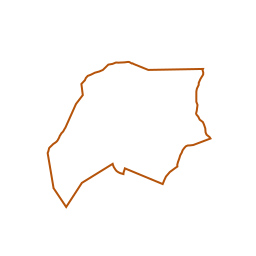 Belle Vue, Vieux Fort, Saint Lucia, rotated 154°
{"feature_id": "8701671B25756031943387", "entity_name": "Belle Vue", "entity_type": "district", "adm_level": 2, "iso_a3": "LCA", "parent_name": "Saint Lucia", "parent_adm1": "Vieux Fort", "projection": "albers", "projection_center": [-60.954, 13.792], "detail": "fine", "context": "isolated", "style": "outline", "palette": "amber", "viewbox_px": 256, "rotation_deg": 154, "n_neighbors": 0, "source": "geoboundaries", "source_scale": "gbopen_adm2", "svg_char_len": 1372}
<svg xmlns="http://www.w3.org/2000/svg" viewBox="0 0 256 256"><g transform="rotate(154 128 128)"><path d="M193.9,149.8L194.7,149.1L196.1,148.2L196.7,147.7L198.4,147.0L199.8,146.7L202.2,146.4L203.6,145.9L206.5,145.0L207.7,144.5L209.3,142.6L209.7,142.1L211.2,140.7L221.2,106.8L221.3,106.7L218.2,84.1L193.5,98.9L157.5,102.5L157.7,101.5L157.9,99.1L157.5,95.9L157.1,94.3L156.2,92.7L155.2,91.3L154.2,90.3L152.3,88.6L151.2,90.3L149.8,91.6L148.5,93.1L121.4,62.4L118.4,65.1L115.2,67.7L109.7,70.1L102.7,71.4L100.5,71.7L99.9,73.3L98.1,75.4L95.1,78.3L93.1,80.5L90.5,82.3L88.6,84.1L86.1,85.4L84.0,86.2L82.0,86.1L80.2,85.3L76.8,84.1L58.5,82.4L58.7,84.1L60.3,87.5L60.2,90.0L58.7,93.8L58.2,97.8L58.1,100.5L59.9,104.1L59.9,107.4L60.6,110.1L60.4,111.3L58.7,113.3L56.3,116.9L55.4,118.3L55.1,121.6L53.0,125.9L50.6,130.8L48.8,133.2L45.6,135.7L44.6,137.6L41.4,140.3L37.0,143.1L36.0,145.0L35.6,147.4L34.7,148.2L84.3,171.3L95.1,183.3L95.5,184.1L96.2,184.3L96.4,184.4L97.8,186.6L99.0,187.4L102.3,188.5L108.1,191.0L110.1,192.1L111.0,192.2L113.8,192.4L117.9,193.6L125.1,191.2L127.7,191.3L129.2,191.4L133.4,192.2L138.5,192.2L141.3,192.5L144.0,191.4L145.7,189.9L150.6,188.0L154.2,177.4L164.2,172.4L184.3,155.6L184.8,155.4L185.8,154.7L187.2,153.7L187.9,153.3L188.5,153.0L189.4,152.7L190.1,152.5L191.9,151.3L192.7,150.9L193.6,150.0L193.9,149.8Z" fill="none" stroke="#b45309" stroke-width="2"/></g></svg>